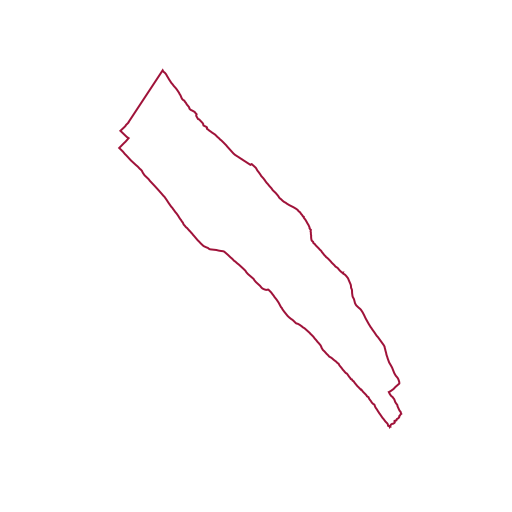 the district of Ibanesti, Vaslui, Romania, rotated 160°
{"feature_id": "2599482B62946282817270", "entity_name": "Ibanesti", "entity_type": "district", "adm_level": 2, "iso_a3": "ROU", "parent_name": "Romania", "parent_adm1": "Vaslui", "projection": "albers", "projection_center": [27.597, 46.426], "detail": "fine", "context": "isolated", "style": "outline", "palette": "rose", "viewbox_px": 512, "rotation_deg": 160, "n_neighbors": 0, "source": "geoboundaries", "source_scale": "gbopen_adm2", "svg_char_len": 6058}
<svg xmlns="http://www.w3.org/2000/svg" viewBox="0 0 512 512"><g transform="rotate(160 256 256)"><path d="M347.6,404.3L345.3,399.5L344.3,396.6L343.6,395.2L340.8,388.5L337.7,382.5L337.0,381.3L336.4,380.2L335.4,377.7L334.7,376.6L334.4,375.8L334.1,375.1L333.9,373.0L333.5,371.4L333.1,369.9L330.9,365.5L330.5,364.6L330.1,363.1L327.3,356.6L325.7,352.7L323.4,346.9L322.4,344.2L321.8,343.0L320.8,339.3L320.0,335.8L318.8,331.3L318.2,330.0L317.9,328.7L317.4,327.1L316.8,324.9L316.1,323.1L315.4,320.5L314.8,317.5L314.4,316.1L314.2,315.7L313.8,313.6L313.4,312.7L313.3,312.3L313.3,311.5L313.2,310.4L313.1,310.0L312.5,308.7L312.3,307.9L311.9,306.9L311.1,305.7L310.8,304.7L310.6,304.3L309.8,302.2L309.5,301.8L308.9,300.0L308.4,299.0L308.0,297.6L307.5,296.4L305.4,290.7L304.6,289.1L303.6,286.7L302.1,283.7L301.7,283.1L299.7,281.1L298.4,280.0L297.8,278.9L296.9,278.0L291.2,275.2L289.3,273.9L287.2,272.7L285.4,271.8L284.4,271.0L282.0,266.7L280.3,263.2L279.7,262.3L278.8,260.4L278.4,259.3L277.9,258.5L277.5,258.1L276.2,255.6L275.1,253.9L272.2,248.3L271.0,245.8L270.6,243.9L269.7,241.7L266.1,235.3L265.8,233.7L264.9,231.3L262.4,226.6L261.7,224.5L261.3,223.7L260.8,223.0L259.7,221.9L258.7,221.1L257.8,220.6L257.3,220.4L256.3,220.4L255.9,220.2L255.6,219.6L254.2,216.6L253.5,214.2L253.0,212.8L252.7,211.3L251.6,208.1L250.7,204.5L250.0,199.4L249.8,198.9L249.5,198.3L249.4,197.0L248.6,194.2L246.8,188.9L245.8,186.9L244.6,184.9L243.6,183.6L243.1,182.7L241.5,179.3L241.3,179.0L240.7,178.5L240.0,178.1L238.6,176.5L236.8,173.9L236.7,173.5L236.3,172.9L235.2,171.6L234.9,171.1L231.8,165.3L231.5,164.3L231.0,163.4L229.7,160.6L229.0,158.2L228.3,156.6L227.5,154.1L226.9,152.8L225.9,150.0L225.7,148.4L225.8,147.8L225.7,147.1L225.3,144.9L224.8,143.9L224.4,143.2L223.6,141.2L223.2,140.1L222.1,137.9L221.7,136.6L221.4,136.2L220.0,134.6L219.1,133.1L218.9,132.6L218.0,131.1L216.9,129.5L216.5,128.6L216.2,127.9L215.8,127.2L215.3,126.7L215.2,126.3L215.0,124.6L213.7,121.0L213.4,119.7L212.5,117.6L212.4,117.1L211.6,115.2L211.0,114.7L210.6,113.9L209.9,111.1L209.5,109.9L209.2,109.2L209.1,108.3L208.9,107.8L208.2,107.4L208.0,106.8L207.9,105.8L207.1,104.9L206.7,103.2L205.2,98.9L204.6,97.8L204.0,96.4L203.9,96.0L203.7,95.8L203.1,94.4L202.8,94.5L202.4,93.6L202.0,92.1L200.2,88.2L199.8,87.0L199.7,86.2L199.3,85.7L198.6,84.9L198.5,83.2L198.3,82.4L197.5,79.9L197.4,78.9L196.5,76.9L195.9,76.3L195.6,75.8L195.6,73.6L195.4,72.3L194.9,70.6L194.4,68.1L194.1,67.0L193.9,65.9L193.6,65.1L192.5,60.7L191.9,59.2L191.0,56.2L189.9,53.8L189.7,52.9L189.9,51.2L189.7,51.0L189.4,51.0L188.9,50.6L188.8,50.2L188.8,49.6L188.5,49.8L188.1,49.7L188.1,49.9L188.2,50.4L186.8,51.4L186.1,51.6L185.4,51.7L184.4,51.5L183.0,51.8L182.4,52.4L182.4,53.5L182.2,53.7L181.9,53.6L180.3,53.5L180.1,53.7L180.0,54.1L179.3,54.6L178.0,54.8L176.9,55.3L176.6,55.5L176.2,56.5L175.9,56.5L174.6,57.5L174.2,57.8L173.5,58.0L173.6,58.4L173.4,59.9L173.6,60.6L174.0,61.6L174.3,65.0L174.4,66.5L174.2,67.4L174.2,67.8L174.8,69.7L175.1,71.2L175.1,74.0L175.2,74.5L175.7,75.9L175.7,76.3L176.0,76.9L176.7,78.0L177.0,78.7L177.5,80.7L177.7,82.7L177.4,82.7L175.3,83.1L172.2,84.0L169.9,85.2L165.0,87.1L164.9,87.2L164.5,88.5L164.4,90.0L164.4,91.4L164.5,92.4L164.7,93.3L165.6,95.7L166.1,98.4L166.2,100.8L166.2,101.3L166.3,104.6L166.7,107.2L167.2,109.9L167.3,110.4L167.3,114.9L167.2,116.1L167.2,117.9L167.1,119.2L166.9,120.2L166.7,123.0L166.6,123.5L166.4,125.9L166.2,126.9L166.5,128.7L168.8,136.8L169.1,137.9L169.9,139.8L170.9,143.9L171.8,147.0L172.3,149.2L172.6,150.0L172.9,151.6L173.3,153.5L174.3,159.7L174.5,161.7L174.6,163.0L175.0,166.1L175.2,167.2L175.8,169.6L176.2,170.6L177.2,172.3L178.6,175.1L178.9,176.2L179.1,178.0L179.0,178.8L178.8,180.8L178.7,181.9L178.8,182.7L179.1,184.7L178.9,185.9L178.4,188.2L177.5,191.0L177.4,191.9L177.5,193.4L177.4,194.1L177.0,195.4L176.8,196.7L177.1,201.9L177.1,202.6L177.2,203.8L178.0,206.2L178.7,207.9L180.2,209.8L180.3,210.1L180.3,210.4L180.0,210.7L180.7,210.9L181.0,211.2L182.3,213.8L183.4,216.9L184.4,218.2L184.9,218.8L185.1,219.3L185.4,220.3L187.3,224.2L187.4,224.8L189.0,228.5L189.9,230.2L190.5,231.0L190.7,231.8L190.9,232.3L191.4,233.2L191.5,233.6L191.9,234.7L192.1,235.5L192.7,237.0L192.9,238.2L193.2,239.0L193.9,240.2L194.3,241.4L196.2,245.5L196.8,247.4L197.4,248.1L197.6,248.5L197.6,249.0L197.5,249.5L197.5,249.8L198.1,250.8L198.3,251.3L198.4,251.7L198.3,252.3L198.2,253.2L197.7,255.1L197.2,256.3L197.0,257.6L196.3,259.7L196.3,260.5L195.5,261.8L195.7,262.2L196.0,262.7L196.1,263.5L196.2,263.8L195.9,264.5L196.1,267.3L196.5,269.1L196.7,270.6L197.2,273.3L197.8,275.0L198.0,275.9L197.7,276.5L198.4,277.4L198.7,278.9L199.4,280.6L199.5,281.5L199.6,281.9L200.7,283.6L201.0,284.8L201.4,285.5L202.3,286.8L204.1,289.0L207.3,292.4L209.3,294.9L209.8,295.8L211.1,297.2L212.1,298.8L212.9,300.5L213.3,301.2L213.8,301.9L214.3,303.1L214.4,304.0L214.8,305.4L215.9,308.4L217.8,312.2L218.3,314.3L219.5,317.2L220.4,319.9L220.9,320.9L221.6,323.2L221.7,324.0L222.0,324.7L222.4,326.2L223.8,329.6L223.9,330.5L224.7,333.5L225.5,335.9L225.9,338.5L226.2,339.3L227.7,342.2L228.4,343.2L228.5,343.7L228.8,343.9L230.1,343.6L241.1,358.2L242.1,360.0L242.6,361.2L245.9,369.4L245.9,369.7L247.8,373.9L249.1,376.6L249.8,377.6L250.5,379.3L251.6,381.2L252.3,382.8L253.0,384.2L255.3,387.3L255.9,388.3L257.0,389.8L257.9,391.4L258.5,392.1L258.5,392.9L258.1,393.6L259.1,395.0L259.8,395.6L260.7,396.6L260.6,397.9L260.5,398.1L260.7,399.2L262.7,403.8L263.6,404.5L263.8,405.5L264.2,407.8L264.2,408.3L264.0,408.7L263.4,409.4L263.4,409.8L263.8,410.5L264.4,412.4L266.4,414.7L267.0,415.2L267.8,416.4L268.1,417.1L268.1,417.8L268.0,418.2L268.0,418.7L268.8,421.1L269.1,421.7L269.3,422.6L269.4,423.4L269.7,424.5L270.1,425.4L270.2,426.5L271.1,427.5L271.7,428.8L271.9,430.3L272.0,432.8L272.4,434.5L272.5,435.7L273.5,439.7L274.1,441.5L275.1,443.9L275.7,446.0L276.3,447.4L276.9,450.0L277.3,451.7L277.7,453.9L278.1,455.9L278.3,457.4L279.0,459.4L279.8,460.6L280.1,461.6L280.2,462.4L330.1,425.3L330.1,425.1L330.8,424.7L333.3,423.6L334.1,422.9L335.5,422.2L340.6,420.0L336.7,412.1L335.4,410.3L339.6,408.0L341.5,407.2L347.6,404.3Z" fill="none" stroke="#9f1239" stroke-width="2"/></g></svg>